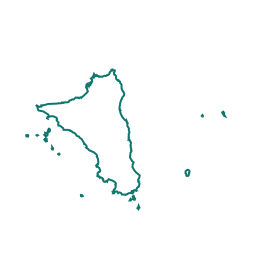 the district of Sicilia, Enna, Italy, rotated 231°
{"feature_id": "23120603B91569774900330", "entity_name": "Sicilia", "entity_type": "district", "adm_level": 2, "iso_a3": "ITA", "parent_name": "Italy", "parent_adm1": "Enna", "projection": "albers", "projection_center": [13.963, 37.152], "detail": "fine", "context": "isolated", "style": "outline", "palette": "teal", "viewbox_px": 256, "rotation_deg": 231, "n_neighbors": 0, "source": "geoboundaries", "source_scale": "gbopen_adm2", "svg_char_len": 5678}
<svg xmlns="http://www.w3.org/2000/svg" viewBox="0 0 256 256"><g transform="rotate(231 128 128)"><path d="M188.0,123.4L185.9,120.9L185.6,120.9L185.5,121.5L185.1,121.3L185.2,121.6L185.0,121.2L184.2,121.1L183.0,120.1L181.7,119.9L181.2,117.6L180.9,111.6L181.4,110.9L181.1,110.5L181.5,110.4L181.5,111.1L181.5,111.3L181.5,110.5L181.4,110.3L182.2,109.2L182.0,108.8L183.2,108.2L183.4,107.6L184.6,106.5L184.4,103.7L185.4,102.6L185.4,101.4L186.2,99.8L185.6,98.4L185.9,97.4L188.4,94.0L188.1,93.7L188.3,93.3L189.5,92.5L189.2,92.0L189.5,91.2L191.1,89.5L191.2,88.8L196.9,81.1L198.4,77.5L200.1,74.9L199.6,74.7L199.7,75.0L199.4,75.1L199.9,72.9L200.4,72.2L203.0,71.3L203.0,71.0L201.3,70.8L198.6,69.5L197.7,69.7L194.2,72.6L188.6,74.5L186.7,74.0L187.1,74.0L186.8,73.6L187.2,72.5L186.6,71.2L186.3,71.2L186.0,71.4L186.5,71.5L186.7,72.7L185.6,75.6L184.1,77.3L181.0,78.9L179.5,78.5L179.3,77.8L179.7,77.8L178.9,77.4L175.9,77.4L174.9,76.1L173.7,75.4L172.7,76.5L168.7,77.5L167.1,76.8L164.5,80.0L162.8,81.4L162.2,81.7L162.0,81.4L160.7,82.3L159.5,82.2L158.2,83.1L156.1,83.6L154.3,83.2L152.1,84.5L150.8,84.3L148.8,85.0L144.0,84.4L143.1,83.8L142.3,84.5L139.8,84.4L138.5,83.5L138.7,83.2L138.1,83.2L136.8,83.8L135.2,83.8L130.6,86.2L127.0,86.8L125.6,86.4L125.5,86.2L125.4,85.8L126.1,86.0L125.6,85.8L123.3,85.4L119.9,83.3L118.7,81.9L119.0,81.5L118.7,81.1L119.0,80.8L118.6,80.1L118.8,79.6L117.6,79.2L117.2,80.0L115.0,80.5L112.6,79.8L111.8,78.7L112.0,78.4L112.0,78.5L112.3,78.9L112.5,79.0L112.3,78.8L112.2,78.5L112.0,78.2L112.4,78.5L112.0,78.0L112.3,77.5L111.9,76.0L111.6,75.5L110.5,75.1L110.5,74.5L110.0,73.9L108.5,74.5L108.3,75.2L107.0,74.9L107.1,75.4L106.8,75.8L105.0,76.6L103.8,76.5L103.7,75.8L101.5,75.5L100.4,76.5L100.7,77.0L100.1,77.6L100.2,78.0L99.4,78.1L100.0,79.1L100.4,80.7L96.2,83.2L93.3,83.9L92.4,83.6L92.0,82.5L91.6,82.7L90.9,82.2L89.7,81.0L88.9,79.5L89.0,78.2L88.1,77.2L88.1,75.9L86.9,76.1L86.6,75.4L86.0,76.2L86.8,77.9L85.7,79.5L83.7,79.3L83.8,80.2L83.1,81.0L81.6,81.7L80.1,81.4L78.1,83.8L76.9,84.0L78.1,84.2L77.5,84.3L77.5,85.1L77.0,85.7L77.0,87.3L75.5,89.5L76.6,91.3L75.7,92.6L75.8,93.6L75.6,94.1L74.7,94.5L74.9,94.2L74.0,94.9L74.5,95.8L74.4,95.3L75.3,96.4L75.9,98.0L75.7,99.1L76.0,99.6L75.8,99.8L76.9,101.3L77.7,102.1L79.6,102.1L80.1,102.5L80.1,102.8L80.2,103.0L80.4,103.1L80.1,102.7L80.5,102.3L80.3,102.8L80.6,102.7L81.5,103.4L82.1,105.2L83.8,107.3L88.3,106.3L91.2,106.3L94.7,106.8L96.5,108.4L97.8,110.8L100.1,110.3L100.3,110.4L100.0,110.5L103.8,111.0L107.2,114.4L107.9,116.3L108.8,116.3L109.9,117.6L111.1,117.8L112.6,119.1L113.1,119.1L114.1,120.5L115.0,121.2L115.6,121.1L116.3,121.5L117.5,121.3L118.1,122.1L118.0,121.5L118.3,121.5L118.2,121.9L118.4,121.4L118.6,121.8L119.3,121.6L120.1,122.5L120.1,122.8L120.2,123.0L120.9,123.0L121.9,124.2L122.8,124.6L123.6,126.3L126.2,127.5L127.1,128.5L130.1,128.8L132.2,130.9L134.4,131.1L134.5,131.5L134.8,131.8L134.5,131.3L135.0,131.5L134.9,131.2L135.1,131.2L134.9,131.8L135.1,131.0L136.2,130.6L140.0,130.5L143.7,131.3L146.6,132.7L146.6,132.9L146.9,132.7L147.8,133.1L148.1,133.5L147.4,134.5L148.1,133.5L149.2,134.2L152.8,138.3L154.4,140.9L154.4,141.5L155.3,142.7L155.9,145.5L157.2,146.8L159.5,147.3L159.5,147.2L159.4,147.2L159.9,147.1L162.8,147.9L165.8,150.3L167.6,150.2L169.1,151.0L170.5,150.3L170.8,150.4L171.0,150.7L171.4,150.8L170.9,150.4L171.1,150.5L171.2,150.0L173.6,149.7L176.2,151.4L177.6,151.4L178.1,150.9L179.0,151.2L179.9,151.9L180.2,153.1L180.8,153.2L181.1,153.9L182.6,152.8L182.6,152.4L183.3,152.7L183.7,151.8L183.0,151.0L182.8,148.8L182.3,148.6L181.7,147.1L181.7,145.9L182.3,145.1L182.1,144.2L182.4,143.5L183.4,142.6L184.1,140.1L184.8,139.7L185.4,138.5L186.3,138.1L186.2,137.6L188.4,137.1L188.1,136.7L188.7,136.4L188.5,136.2L188.6,135.6L189.9,135.0L190.5,135.5L191.4,135.6L190.2,133.6L189.5,134.1L188.9,133.7L188.7,133.0L189.0,132.5L189.5,132.5L189.6,132.8L189.7,133.1L189.8,132.7L189.8,132.3L189.4,132.3L189.9,131.7L189.7,130.3L188.2,130.3L188.2,130.2L188.3,130.1L188.6,129.9L188.2,130.2L187.3,129.9L186.6,129.3L186.6,128.5L187.0,128.0L187.6,128.4L187.1,127.7L186.6,128.1L186.0,128.0L185.8,127.1L186.2,127.0L186.3,126.9L185.8,127.0L185.1,125.9L185.1,124.8L185.5,124.3L185.1,123.8L185.6,123.8L186.3,123.2L186.6,123.7L186.4,124.4L186.7,124.8L186.7,123.6L186.9,123.4L187.9,123.9L188.0,123.4ZM54.2,143.4L53.4,143.7L53.0,144.5L53.0,145.3L54.0,146.2L54.2,147.0L54.8,147.2L55.2,148.2L56.1,148.7L57.1,148.7L58.0,148.0L58.3,146.6L58.1,145.5L56.6,144.2L56.0,144.4L54.2,143.4ZM175.4,58.6L173.5,58.8L172.9,60.5L173.5,61.5L174.3,61.8L174.7,62.7L175.2,62.8L175.5,62.2L175.2,61.1L176.2,60.6L175.5,60.2L175.4,58.6ZM171.6,55.6L169.2,55.6L168.8,56.7L170.9,58.0L171.8,57.9L171.7,57.2L171.9,56.6L171.6,55.6ZM175.4,63.2L175.2,63.9L174.7,63.9L174.9,64.0L174.5,64.7L175.0,65.6L176.1,66.4L177.1,66.3L177.3,66.0L176.8,64.9L176.3,64.3L175.4,64.1L175.7,63.5L175.4,63.2ZM69.5,87.0L68.0,88.0L68.6,89.1L70.7,88.9L71.3,89.7L71.8,89.6L71.8,88.6L71.0,88.0L70.1,88.4L69.5,87.0ZM76.7,210.4L76.0,210.8L78.1,211.2L79.4,212.1L79.6,211.7L79.6,212.2L80.8,212.2L80.8,211.8L80.3,211.6L80.8,211.0L80.6,210.8L76.7,210.4ZM185.5,43.8L184.3,44.7L184.5,45.4L185.3,45.9L185.8,45.6L186.4,44.3L185.5,43.8ZM59.8,84.9L58.4,85.0L59.0,86.1L58.9,86.7L60.9,87.3L59.8,85.7L59.8,84.9ZM159.2,55.5L158.6,56.0L159.3,57.0L160.8,57.1L160.2,56.7L160.1,55.8L159.2,55.5ZM104.7,48.6L103.9,49.1L103.6,50.0L104.5,50.2L105.5,49.2L104.7,48.6ZM75.4,89.7L74.3,90.3L75.0,92.8L75.3,91.3L75.0,90.3L75.4,89.7ZM70.6,83.7L70.1,84.3L70.1,85.0L70.6,85.5L71.3,85.4L70.6,83.7ZM91.0,192.9L90.4,192.9L89.9,193.3L90.3,193.9L91.2,194.0L91.0,192.9ZM151.6,57.2L150.7,57.5L150.8,58.3L151.5,58.3L151.8,57.4L151.6,57.2ZM179.9,52.4L179.2,52.5L179.1,53.3L179.9,53.0L179.9,52.4Z" fill="none" stroke="#0f766e" stroke-width="2"/></g></svg>